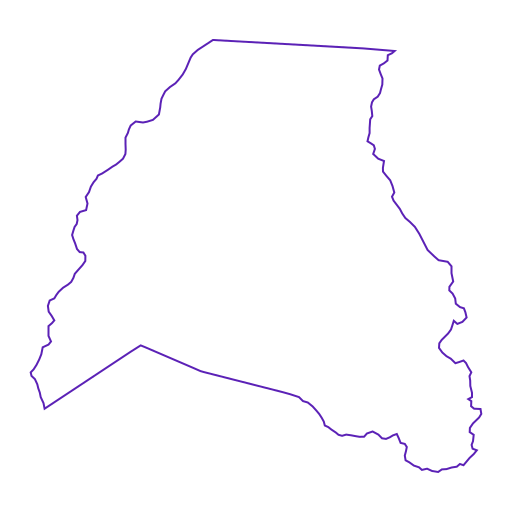 the district of Hidrolândia, Ceará, Brazil
{"feature_id": "56859067B78038881550930", "entity_name": "Hidrolândia", "entity_type": "district", "adm_level": 2, "iso_a3": "BRA", "parent_name": "Brazil", "parent_adm1": "Ceará", "projection": "mercator", "projection_center": [-40.387, -4.435], "detail": "fine", "context": "isolated", "style": "outline", "palette": "violet", "viewbox_px": 512, "rotation_deg": 0, "n_neighbors": 0, "source": "geoboundaries", "source_scale": "gbopen_adm2", "svg_char_len": 3019}
<svg xmlns="http://www.w3.org/2000/svg" viewBox="0 0 512 512"><path d="M455.8,303.7L455.2,298.5L452.6,293.6L449.3,290.4L449.4,286.8L453.2,281.5L451.5,273.2L451.5,266.3L447.7,261.8L438.6,260.2L434.4,256.5L427.6,250.0L419.3,233.8L414.9,226.9L409.9,221.9L405.3,218.0L402.2,213.4L399.9,209.0L397.2,205.4L393.6,200.7L392.0,196.7L394.3,192.5L392.5,186.0L390.2,180.3L386.5,176.0L383.0,171.6L382.9,167.9L384.0,161.0L378.2,158.7L373.2,154.0L374.9,148.9L373.8,145.3L370.5,143.1L367.5,141.3L368.4,137.3L369.6,133.1L369.6,127.9L369.9,123.8L370.2,119.3L372.3,116.1L371.8,111.0L371.1,106.6L372.0,102.3L373.8,99.3L377.7,96.7L380.0,93.1L380.9,89.5L382.3,84.6L382.5,78.5L380.7,74.1L379.0,69.5L379.8,65.6L383.8,63.4L387.5,60.5L387.8,55.2L391.9,53.3L394.6,51.0L363.2,48.4L212.9,40.0L197.8,49.9L192.8,54.3L190.7,57.5L185.9,68.9L182.7,74.5L178.4,80.0L175.4,83.3L170.0,87.0L165.2,91.3L163.3,95.0L161.5,98.7L160.6,103.5L160.2,107.5L158.9,114.5L152.9,119.9L147.1,121.7L143.0,122.5L135.7,121.5L130.7,125.5L128.9,129.4L127.9,132.9L125.5,137.6L125.5,144.0L125.7,149.7L125.4,154.0L123.0,158.7L119.1,162.1L116.0,164.6L112.5,166.6L107.9,169.8L102.1,173.5L97.9,175.5L96.5,178.8L93.6,182.2L90.9,186.6L89.0,192.1L85.7,197.0L87.5,203.5L86.1,210.1L80.0,211.9L76.9,215.7L77.5,220.1L76.7,224.0L74.6,226.9L73.4,230.6L72.1,235.0L73.4,239.1L75.1,243.3L77.0,249.0L79.7,252.1L83.4,252.5L85.4,255.8L85.3,261.0L82.4,265.2L78.2,269.9L74.8,273.8L73.4,277.9L71.2,281.9L68.0,284.6L63.1,287.7L58.7,291.8L56.4,294.9L54.3,298.4L49.7,300.5L47.9,305.9L48.7,311.7L51.6,315.8L54.3,320.4L52.0,323.1L48.5,326.1L48.5,330.3L48.5,335.9L51.0,341.5L48.5,344.6L42.7,347.3L41.3,354.3L39.2,359.5L36.5,364.9L33.6,369.4L30.7,372.4L31.5,375.9L34.9,379.1L37.3,384.3L38.3,388.4L39.8,392.6L40.7,397.1L43.5,403.1L44.6,408.7L131.2,351.4L140.7,345.4L144.9,347.1L193.0,367.8L200.5,371.1L204.0,372.1L282.9,392.2L290.1,394.2L299.0,397.1L303.0,401.1L307.8,402.5L312.6,406.4L316.3,410.5L319.3,414.1L321.7,417.8L323.8,421.6L324.8,425.5L328.3,427.1L331.3,429.5L335.8,432.5L338.5,434.8L342.1,435.8L346.2,434.6L351.1,435.3L355.9,436.2L359.5,436.8L364.1,436.7L366.9,433.5L372.6,431.5L378.4,434.6L382.0,438.3L386.0,438.9L389.8,437.3L392.9,435.4L396.8,434.0L398.7,438.1L400.6,442.9L404.8,443.9L406.8,447.0L406.0,451.0L404.8,455.6L405.6,460.3L409.3,462.3L413.9,465.6L419.0,467.3L421.9,469.9L427.1,468.7L432.1,471.0L438.1,472.0L441.9,469.4L446.5,469.1L451.6,467.5L456.8,466.7L459.9,464.0L463.5,465.2L469.7,457.8L473.7,454.1L476.8,450.3L472.6,448.7L471.6,444.9L473.0,441.2L473.7,434.8L469.7,432.1L469.9,427.9L473.0,423.4L479.1,417.5L481.3,413.9L480.5,409.0L474.1,408.7L471.1,406.2L471.3,401.1L468.3,399.1L472.0,397.1L472.0,392.8L470.3,386.0L470.2,380.6L469.5,376.1L471.3,372.3L468.0,367.0L466.0,363.0L463.5,360.5L459.3,362.0L455.4,363.2L450.8,358.7L446.5,356.2L442.3,352.5L439.0,347.9L439.3,343.3L441.7,339.9L445.0,336.6L448.1,333.5L451.0,329.5L452.3,325.6L453.8,320.8L457.3,323.9L462.4,321.9L466.6,317.5L465.4,312.3L463.9,308.3L460.0,307.1L455.8,303.7Z" fill="none" stroke="#5b21b6" stroke-width="2"/></svg>